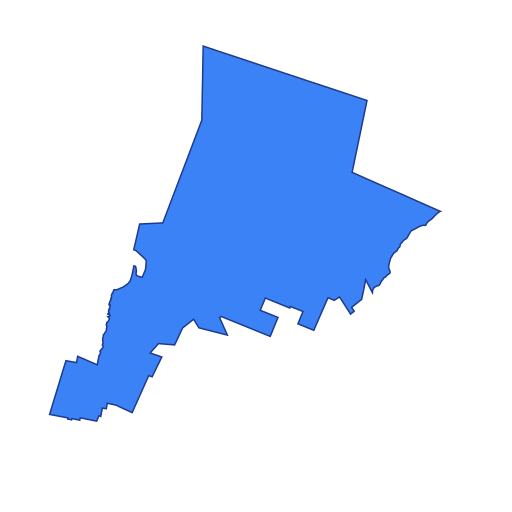 the district of Ojo de agua, Santiago del Estero, Argentina, rotated 101°
{"feature_id": "61730980B49758081905530", "entity_name": "Ojo de agua", "entity_type": "district", "adm_level": 2, "iso_a3": "ARG", "parent_name": "Argentina", "parent_adm1": "Santiago del Estero", "projection": "mercator", "projection_center": [-63.775, -29.267], "detail": "fine", "context": "isolated", "style": "filled", "palette": "blue", "viewbox_px": 512, "rotation_deg": 101, "n_neighbors": 0, "source": "geoboundaries", "source_scale": "gbopen_adm2", "svg_char_len": 5318}
<svg xmlns="http://www.w3.org/2000/svg" viewBox="0 0 512 512"><g transform="rotate(101 256 256)"><path d="M60.0,347.9L88.1,343.0L89.5,342.7L97.7,341.3L133.0,335.1L241.3,353.8L246.8,376.3L273.2,377.2L273.6,374.8L279.7,364.9L281.5,362.8L290.4,361.9L298.6,363.6L298.3,368.6L297.6,369.6L296.3,370.4L293.5,370.5L289.5,372.0L289.0,372.8L289.0,374.0L295.7,374.0L300.0,374.2L304.6,374.8L307.5,376.4L310.1,378.8L311.5,380.2L312.5,381.4L313.1,382.4L313.7,383.3L314.8,384.8L315.4,385.9L315.8,386.7L316.1,387.4L316.0,388.4L316.5,389.2L320.0,389.6L320.1,389.9L320.4,390.1L320.5,390.2L320.9,390.2L321.2,390.2L321.6,390.3L321.9,390.4L322.5,390.4L322.8,390.3L322.9,390.1L323.2,390.0L323.3,390.0L323.6,390.1L324.0,390.1L324.3,390.0L324.6,389.9L324.8,390.1L325.0,390.2L325.1,390.3L325.2,390.2L325.3,390.3L325.5,390.3L325.7,390.2L326.0,390.2L326.3,390.0L326.5,389.9L326.8,390.2L327.2,390.3L327.4,390.3L327.7,390.4L327.8,390.4L327.9,390.5L328.1,390.7L328.3,390.8L328.7,390.8L329.1,390.7L329.4,390.7L329.6,390.7L330.0,390.8L330.4,391.0L330.5,391.0L330.9,391.1L331.2,391.1L331.3,391.1L331.5,391.0L331.8,390.9L332.0,390.8L332.0,390.6L331.9,390.3L331.8,390.1L332.0,390.1L332.4,390.2L332.4,389.9L332.5,389.8L332.6,389.6L332.8,389.6L333.0,389.5L333.3,389.7L333.7,389.7L333.9,389.7L334.1,389.7L334.6,389.7L334.9,389.7L335.1,389.7L335.3,389.9L335.4,390.0L335.6,390.1L336.3,390.1L336.4,389.9L336.6,390.1L336.8,390.2L337.1,390.2L337.4,390.0L337.6,390.1L338.0,390.3L338.7,390.2L339.0,389.9L339.7,389.7L339.8,389.1L340.0,389.0L340.2,389.4L340.3,389.7L340.4,389.8L340.5,390.0L340.8,390.2L341.0,390.4L341.3,390.4L341.5,390.3L341.6,390.0L341.6,389.9L341.4,389.7L341.4,389.3L341.5,389.1L341.7,388.9L341.9,388.7L342.0,388.3L342.0,388.1L342.1,387.9L342.5,388.0L342.6,388.3L342.8,388.2L343.3,388.4L343.5,388.7L343.7,389.0L343.8,389.7L344.0,389.4L344.4,389.2L344.7,388.6L345.0,388.1L345.6,387.9L346.2,387.9L347.0,388.3L347.9,388.4L348.9,389.0L349.4,389.4L349.6,389.7L349.9,389.8L350.2,389.7L351.3,389.7L351.6,389.9L352.0,389.7L352.7,389.6L352.9,389.3L353.6,389.1L354.3,388.9L355.3,388.9L355.5,388.8L355.9,388.9L356.2,389.0L356.6,388.8L357.0,388.7L357.6,388.6L358.3,388.9L358.8,389.1L359.4,389.3L360.1,389.7L360.7,389.8L361.3,390.0L362.0,390.5L362.5,390.8L362.9,390.8L363.5,390.5L364.4,390.5L365.3,390.7L366.0,390.6L366.9,390.7L368.0,390.4L368.7,390.1L369.5,390.0L369.9,389.6L370.2,389.5L370.6,389.5L370.8,389.5L371.2,389.6L371.5,389.8L371.9,389.8L372.6,389.8L373.0,389.8L373.2,389.6L373.2,389.4L373.3,389.1L373.4,388.8L373.6,388.6L373.9,388.5L374.7,388.6L375.2,388.8L375.6,389.1L376.0,389.5L376.3,389.5L376.5,389.5L377.0,389.8L377.3,390.0L377.5,390.2L377.7,390.3L377.9,390.5L378.0,390.6L378.5,390.8L378.8,390.9L379.0,390.9L379.3,390.9L379.6,390.9L379.8,390.7L379.8,390.4L379.9,390.2L380.0,390.1L380.4,390.2L380.6,390.3L381.0,390.2L381.3,390.3L381.5,390.4L381.8,390.3L382.0,390.3L382.4,390.5L382.7,390.6L383.0,390.7L383.2,390.8L383.7,391.1L393.1,391.1L388.5,411.9L394.9,411.9L395.0,422.6L450.9,428.4L450.8,409.8L452.0,409.7L452.0,405.8L450.7,405.8L450.8,397.7L448.4,397.7L448.5,380.9L442.7,379.7L443.1,377.8L434.6,377.8L434.5,373.8L428.9,373.9L429.1,365.1L430.8,358.3L433.4,347.7L406.8,341.5L393.9,338.5L394.4,334.9L373.1,329.2L371.4,341.4L360.6,335.0L358.8,318.9L340.6,314.3L330.0,305.2L337.4,298.3L339.1,269.0L323.4,280.0L322.0,278.7L332.2,226.7L312.1,222.7L308.5,241.5L295.5,238.8L300.6,212.9L299.0,212.6L301.5,199.3L314.6,201.9L317.9,185.1L286.9,178.2L283.2,177.3L284.6,170.7L280.2,166.2L295.0,152.1L291.6,149.1L288.1,152.3L278.4,144.0L276.8,144.0L273.6,143.9L258.4,143.8L269.8,134.7L269.3,134.7L268.3,134.9L267.7,134.9L266.5,134.8L265.6,134.5L264.5,134.1L263.7,133.3L262.6,132.0L262.2,131.0L261.6,130.1L261.1,129.5L260.4,129.1L259.3,128.7L258.4,128.6L257.6,128.3L256.6,128.0L256.1,127.8L255.3,127.2L254.4,126.8L253.5,126.5L252.9,126.2L252.8,125.9L252.2,125.3L251.9,124.8L251.4,124.5L250.7,124.2L249.9,123.6L249.4,123.3L249.0,122.9L248.7,122.5L247.9,121.8L247.5,121.4L246.8,121.3L246.1,121.3L245.3,121.6L244.8,121.9L244.2,122.4L243.4,122.8L242.9,123.1L242.1,123.5L241.4,123.7L240.9,123.8L240.5,123.8L239.9,123.8L238.8,123.8L237.8,123.7L237.2,123.8L236.4,123.8L235.6,123.7L234.1,123.5L232.8,123.5L231.6,123.1L230.8,122.7L229.7,122.5L228.9,122.1L227.9,121.8L227.1,121.5L226.5,121.0L226.1,120.4L225.7,120.2L224.9,119.7L224.5,119.3L224.3,118.8L223.8,118.5L223.2,118.4L222.6,118.2L222.2,118.1L221.9,118.1L221.2,117.9L220.7,117.4L219.9,116.8L219.2,116.6L218.5,116.5L218.0,116.6L217.4,116.7L216.8,116.4L216.0,116.1L215.3,115.8L214.8,115.2L214.1,114.9L213.5,114.6L212.4,114.0L211.7,113.3L211.0,112.5L210.4,111.9L209.6,111.3L208.6,110.9L207.5,110.5L206.2,110.2L205.5,110.0L204.9,109.6L203.7,109.3L202.7,109.0L202.0,108.6L201.5,108.2L201.0,107.6L200.5,107.0L199.9,106.2L199.5,105.6L199.0,105.1L198.5,104.4L198.1,103.9L197.6,103.3L196.9,102.5L195.9,101.4L195.4,100.4L194.7,99.4L194.2,98.4L194.0,97.8L193.8,97.1L193.8,96.5L193.8,95.9L193.4,95.3L192.6,95.0L192.1,94.8L191.5,94.6L190.8,94.5L190.0,94.2L189.5,93.6L188.3,92.6L187.4,91.9L186.6,91.0L185.7,90.2L184.8,89.7L184.1,89.2L182.9,88.5L181.4,87.5L180.4,86.8L179.4,86.1L178.7,85.3L178.0,84.7L177.2,84.0L177.0,83.6L174.0,96.8L171.0,109.9L166.2,130.8L163.9,141.2L161.5,151.7L159.3,161.4L155.6,177.6L82.2,176.7L76.0,224.6L74.1,239.6L61.8,334.6L60.0,347.9Z" fill="#3b82f6" stroke="#1e3a8a" stroke-width="1.5"/></g></svg>